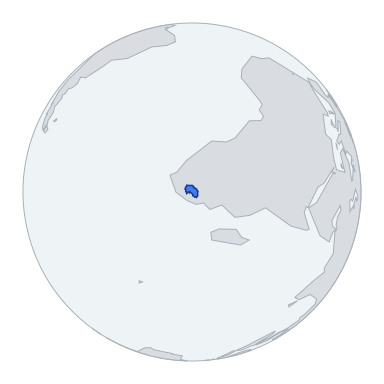 globe centered on Free State, rotated 75°
{"feature_id": "ZAF-1206", "entity_name": "Free State", "entity_type": "Province", "adm_level": 1, "iso_a3": "ZAF", "parent_name": "South Africa", "parent_adm1": "", "projection": "orthographic", "projection_center": [27.438, -28.674], "detail": "fine", "context": "on_globe", "style": "filled", "palette": "blue", "viewbox_px": 384, "rotation_deg": 75, "n_neighbors": 0, "source": "natural_earth", "source_scale": "10m", "svg_char_len": 7080}
<svg xmlns="http://www.w3.org/2000/svg" viewBox="0 0 384 384"><g transform="rotate(75 192 192)"><circle cx="192" cy="192" r="169" fill="#eef3f6" stroke="#a8b0b8"/><path d="M24.7,168.1L24.7,169.0L26.7,165.4L27.2,169.8L26.6,174.8L28.0,173.1L28.1,175.6L36.2,168.3L42.6,169.1L43.9,178.3L41.5,193.5L46.3,219.7L43.9,235.5L48.0,246.3L54.2,265.6L52.1,269.8L57.6,274.5L60.4,281.1L60.4,284.7L64.5,289.5L64.7,292.1L67.6,293.2L74.1,302.5L79.4,305.6L85.8,312.6L89.3,314.2L89.4,315.2L91.1,317.3L93.4,318.7L91.0,319.9L83.3,315.4L79.0,311.4L79.0,312.4L69.2,302.5L71.5,305.6L59.8,293.9L51.1,282.0L34.4,252.2L32.7,248.2L28.7,235.2L25.7,222.0L23.9,208.6L23.1,195.1L23.4,181.6L24.7,168.1ZM97.0,318.8L92.2,320.4L94.0,319.1L90.0,315.0L94.5,315.0L97.0,318.8ZM87.7,307.4L86.2,303.8L87.3,303.9L88.6,306.4L87.7,307.4ZM178.0,23.6L179.3,23.5L173.1,24.7L168.0,25.4L166.8,24.9L159.3,26.2L159.9,26.1L178.0,23.6ZM347.8,126.5L354.7,146.5L355.8,150.6L355.2,152.8L354.6,149.4L348.9,134.1L350.4,143.2L354.8,157.6L356.4,170.1L354.2,162.5L352.2,151.3L350.2,145.6L348.9,137.2L343.6,122.0L341.2,120.3L339.6,115.4L332.0,101.8L327.5,99.4L321.6,104.3L323.7,116.7L320.4,120.0L309.0,97.1L303.6,84.8L299.7,83.8L287.9,71.4L268.0,64.4L265.0,61.3L261.3,61.4L253.0,57.3L248.3,52.9L243.3,52.2L255.6,64.2L261.0,65.2L265.2,62.5L267.6,66.7L275.7,72.4L267.4,79.6L237.6,83.5L234.4,74.3L210.7,51.3L211.3,49.3L211.2,49.0L210.9,48.6L208.9,51.9L204.7,48.2L217.7,62.3L219.9,69.0L237.2,84.0L235.6,85.3L241.1,89.0L258.4,88.5L258.5,91.6L250.5,105.3L226.3,125.0L229.5,142.1L227.6,157.1L212.3,166.5L213.5,179.3L205.6,183.6L205.0,191.2L198.6,199.3L187.9,207.6L170.0,208.9L169.0,201.7L160.1,189.0L147.9,159.8L152.6,145.9L151.0,136.4L138.0,118.1L140.9,106.9L137.4,103.3L130.1,105.8L126.1,101.7L121.7,102.7L94.4,114.9L86.1,111.9L76.3,98.9L81.3,90.1L82.3,83.0L116.6,50.4L123.8,49.0L150.7,40.7L154.0,40.8L150.7,45.2L170.8,48.0L177.4,43.9L195.7,46.4L208.0,46.6L212.6,39.2L192.5,38.5L189.1,35.2L205.3,32.9L222.8,34.9L222.1,33.7L211.1,30.4L215.2,29.2L207.3,29.3L210.4,30.4L205.6,30.8L202.4,29.8L204.0,29.3L198.7,28.7L192.5,32.0L195.0,33.5L181.2,34.6L184.1,37.4L180.3,39.0L174.0,34.9L174.7,33.4L162.9,31.0L160.9,32.6L171.9,35.2L168.4,35.2L165.8,38.1L165.1,35.9L153.6,33.4L141.1,36.8L125.1,46.9L117.9,49.8L111.9,50.8L118.0,43.4L133.4,37.9L135.8,35.9L132.8,35.3L137.8,33.9L138.5,33.2L144.3,31.6L152.8,28.6L158.8,27.3L162.3,25.9L165.8,25.2L162.7,26.1L163.8,26.4L178.7,24.7L181.6,24.3L182.7,23.7L186.7,23.6L185.8,23.3L194.5,23.1L183.2,23.3L183.4,23.3L195.5,23.1L207.7,23.8L219.7,25.3L231.7,27.8L243.4,31.0L254.8,35.2L265.9,40.1L276.7,45.8L287.0,52.3L296.8,59.5L306.0,67.3L314.7,75.9L322.8,85.0L330.1,94.7L336.8,104.9L342.7,115.5L347.8,126.5ZM104.8,63.1L103.8,65.2L104.8,63.1ZM241.6,41.9L252.0,44.6L247.0,39.6L250.5,40.4L247.5,38.7L246.5,39.3L239.1,35.0L243.4,35.2L241.9,33.8L238.4,32.9L231.6,33.4L242.3,39.2L240.1,40.3L241.6,41.9ZM136.6,32.4L138.5,31.8L136.1,32.8L128.5,35.7L131.9,34.2L136.6,32.4ZM146.2,29.4L147.7,29.0L143.9,30.1L147.5,29.8L145.7,30.8L132.7,34.7L138.0,32.7L135.8,33.2L141.8,31.0L142.5,30.5L146.2,29.4ZM157.9,38.8L160.5,38.6L164.6,38.0L163.0,40.0L157.9,38.8ZM149.9,37.0L152.2,36.4L152.0,38.5L149.3,38.9L149.9,37.0ZM153.7,34.5L152.4,36.2L151.5,35.5L153.7,34.5ZM165.0,25.7L167.5,25.3L166.2,25.8L165.0,25.7ZM209.1,40.2L205.4,41.4L203.6,40.7L205.2,40.4L209.1,40.2ZM183.1,39.8L188.9,40.6L182.6,40.4L183.1,39.8ZM266.0,263.1L266.3,266.6L264.0,265.9L266.0,263.1ZM255.8,158.9L243.5,185.3L235.8,184.2L234.7,175.4L239.5,159.0L248.6,155.8L253.2,149.3L255.8,158.9ZM358.6,218.7L358.1,222.3L358.0,222.9L358.6,218.7ZM359.1,213.3L358.9,216.8L358.9,214.3L359.1,213.3ZM358.4,221.1L358.8,218.2L358.6,220.2L358.4,221.1ZM359.1,211.2L357.3,199.2L356.0,192.8L356.8,191.3L358.7,199.3L359.1,211.2ZM356.6,190.9L354.2,176.9L347.8,147.4L350.2,150.9L356.2,172.7L355.9,174.2L357.4,184.0L356.6,190.9ZM361.0,193.4L360.9,194.6L360.5,200.6L359.9,193.4L359.4,189.4L359.1,179.0L359.3,175.8L359.9,178.4L360.2,175.5L361.0,193.4ZM324.4,118.3L328.2,128.1L326.0,128.0L324.4,118.3ZM298.6,323.1L298.1,323.5L299.5,322.3L305.8,316.9L304.9,317.7L298.6,323.1ZM310.3,312.6L314.3,308.5L322.4,299.4L322.1,299.6L325.0,296.2L323.4,298.0L328.2,291.7L331.9,286.0L330.3,277.8L331.6,272.5L334.9,269.0L343.3,252.1L343.2,253.6L347.8,243.8L350.8,246.5L354.0,240.0L350.1,251.6L345.4,262.9L339.9,273.8L333.5,284.3L326.5,294.3L318.7,303.7L310.3,312.6ZM360.0,210.4L359.9,210.5L360.1,208.6L360.7,201.1L360.7,200.7L360.0,210.4Z" fill="#d9dde1" stroke="#a8b0b8" stroke-width="1"/><path d="M195.7,192.3L195.5,192.2L195.4,192.1L195.2,192.0L195.2,191.9L195.1,191.7L194.9,191.8L194.5,191.8L194.4,191.9L194.3,192.0L194.2,192.1L193.9,192.1L193.7,192.3L193.5,192.5L193.4,192.6L193.2,192.6L192.8,192.7L192.7,192.8L192.6,193.0L192.5,193.4L192.3,193.5L192.2,193.6L192.2,193.8L192.0,194.0L191.9,194.0L192.0,194.1L191.9,194.1L191.8,194.3L191.7,194.4L191.7,194.5L191.4,194.6L191.2,194.7L191.1,194.8L191.1,194.7L191.0,194.8L190.9,194.8L191.0,195.0L191.4,195.8L191.6,196.0L191.7,196.3L191.8,196.3L191.8,196.5L191.8,196.8L191.8,197.0L191.7,197.1L191.8,197.2L191.7,197.2L191.7,197.3L191.4,197.3L191.2,197.4L191.2,197.5L190.9,197.5L191.0,197.6L190.9,197.6L190.7,197.8L190.8,197.8L190.7,197.8L190.4,197.8L190.2,197.9L189.9,197.9L190.0,197.9L189.9,197.9L189.7,197.9L189.5,197.7L189.1,197.6L188.9,197.5L188.8,197.4L188.7,197.4L188.7,197.5L188.5,197.4L188.3,197.5L188.2,197.6L187.8,197.9L187.7,197.9L187.4,197.9L187.4,197.7L187.0,197.8L186.9,197.7L186.7,197.6L186.5,197.4L186.4,197.4L186.1,197.1L185.9,196.9L185.7,196.8L185.7,196.7L185.3,196.0L185.2,196.0L185.0,195.9L184.9,195.8L184.9,195.7L184.7,195.6L184.5,195.4L184.5,195.5L184.4,195.4L184.1,195.2L184.8,193.3L185.4,192.0L185.3,191.9L185.3,191.6L185.4,191.3L185.5,191.1L185.4,191.0L185.4,190.9L185.5,190.8L185.6,190.6L185.7,190.4L185.7,190.2L185.8,190.2L186.0,189.9L186.3,189.6L186.4,189.4L186.5,189.4L186.7,189.2L186.9,189.2L187.0,189.1L187.3,189.1L187.7,188.8L187.8,188.8L188.0,188.9L188.2,189.0L188.3,189.2L188.5,188.9L188.7,188.6L188.8,188.6L188.8,188.4L189.0,188.3L189.2,188.2L189.3,188.2L189.6,188.2L189.4,188.2L189.5,188.0L189.5,187.8L189.4,187.7L189.5,187.5L189.6,187.4L189.8,187.4L189.8,187.2L190.0,187.1L190.2,186.9L190.3,186.9L190.5,186.8L190.6,186.7L190.8,186.8L191.0,186.9L191.3,186.8L191.5,186.8L191.6,186.7L191.8,186.7L191.9,186.8L192.1,186.7L192.2,186.4L192.3,186.4L192.5,186.3L192.8,186.3L193.0,186.3L193.3,186.1L193.5,186.2L193.4,186.2L193.5,186.3L193.6,186.5L193.8,186.7L194.0,186.8L194.3,186.9L194.5,186.9L194.6,187.0L194.8,187.0L194.9,187.3L194.9,187.2L195.1,187.1L195.3,187.0L195.5,187.1L195.8,187.2L196.0,187.1L196.3,187.2L196.3,187.3L196.4,187.5L196.5,187.5L196.8,187.6L197.0,187.7L197.0,187.8L197.3,187.9L197.3,188.0L197.5,188.3L197.7,188.6L197.8,188.6L198.0,188.5L198.0,188.4L198.1,188.5L198.1,188.8L197.9,189.0L197.9,189.4L197.9,189.5L198.0,189.5L197.9,189.6L197.8,189.8L197.8,190.0L197.7,190.1L197.7,190.3L197.8,190.3L197.8,190.5L197.7,190.6L197.6,190.8L197.4,190.8L197.1,191.1L196.9,191.2L196.8,191.3L196.7,191.3L196.6,191.5L196.4,191.7L196.2,191.7L195.9,191.8L195.9,192.0L195.7,192.3Z" fill="#3b82f6" stroke="#1e3a8a" stroke-width="1.5"/></g></svg>